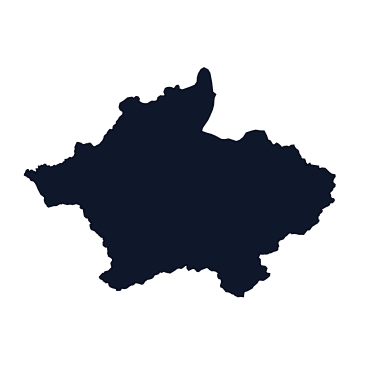 the district of Hulu Perak, Perak, Malaysia, rotated 54°
{"feature_id": "92858781B35407838405861", "entity_name": "Hulu Perak", "entity_type": "district", "adm_level": 2, "iso_a3": "MYS", "parent_name": "Malaysia", "parent_adm1": "Perak", "projection": "albers", "projection_center": [101.278, 5.451], "detail": "fine", "context": "isolated", "style": "filled", "palette": "ink", "viewbox_px": 384, "rotation_deg": 54, "n_neighbors": 0, "source": "geoboundaries", "source_scale": "gbopen_adm2", "svg_char_len": 5943}
<svg xmlns="http://www.w3.org/2000/svg" viewBox="0 0 384 384"><g transform="rotate(54 192 192)"><path d="M290.3,112.8L290.3,110.7L290.6,109.9L290.6,109.0L289.9,106.5L289.3,106.1L288.7,106.3L287.6,106.3L287.1,105.5L286.2,105.1L285.6,104.6L285.5,103.0L284.4,102.0L284.4,99.3L284.1,98.4L283.6,97.9L282.9,98.6L282.2,98.4L281.9,96.1L282.3,93.7L282.3,92.6L282.5,91.7L282.9,90.5L283.0,89.0L282.8,88.2L282.0,87.5L281.9,86.7L282.1,85.7L283.0,84.8L282.8,83.1L282.1,81.7L280.7,81.6L279.7,82.9L278.7,83.0L277.3,82.9L275.8,81.8L274.0,81.7L273.3,80.8L272.7,77.0L271.6,76.3L271.4,73.3L270.0,72.0L267.9,72.5L266.5,72.5L264.6,70.2L263.4,67.1L262.1,66.5L259.7,68.8L256.6,69.7L251.2,70.6L249.0,73.0L248.8,74.5L247.9,75.2L246.6,75.5L245.5,74.6L240.2,80.1L239.5,80.2L238.2,79.9L238.0,82.9L237.5,83.4L236.1,82.7L235.2,83.4L233.6,82.2L231.7,81.8L229.7,84.0L228.5,83.9L227.1,83.2L224.4,83.2L223.1,82.8L221.7,82.1L220.4,82.0L218.5,82.7L216.9,82.8L215.2,82.7L214.0,82.2L212.7,84.5L212.8,87.1L210.9,88.3L209.6,90.6L209.3,91.6L209.2,93.0L208.5,93.5L207.0,93.5L204.1,94.1L202.3,95.0L202.5,96.9L202.3,98.2L201.0,99.2L196.8,98.8L194.6,100.2L190.2,98.8L185.1,98.0L182.9,101.0L179.6,104.3L177.8,108.6L176.3,113.4L178.2,118.2L178.5,122.9L177.4,126.6L170.8,131.3L169.0,135.0L166.8,137.6L160.6,140.5L156.9,142.7L153.3,145.6L148.5,148.9L146.0,146.0L142.7,136.8L140.5,132.8L137.2,127.3L134.2,123.6L130.2,120.3L128.4,118.5L126.9,115.6L123.3,116.7L114.8,111.9L106.4,107.9L102.4,107.5L98.7,109.4L98.4,112.6L100.2,117.0L102.8,120.3L106.1,122.9L107.5,126.9L106.4,131.7L103.9,140.1L102.1,141.3L100.6,142.1L99.1,140.7L97.6,140.7L97.0,142.1L97.6,144.3L98.4,145.8L95.8,147.3L94.3,148.7L93.1,150.8L92.7,152.7L94.6,155.7L97.9,156.5L98.1,158.3L96.7,160.1L95.8,161.0L95.7,164.0L97.0,165.2L97.6,166.7L97.3,168.3L96.4,169.7L95.1,171.2L94.8,173.3L94.6,176.1L93.3,178.1L91.8,179.7L90.1,180.8L88.5,181.5L87.0,181.7L85.6,180.0L83.5,179.9L82.0,181.2L82.3,184.1L80.2,185.0L78.2,188.9L78.5,193.4L78.1,198.0L80.6,200.9L83.2,201.6L86.3,200.4L88.0,201.5L88.9,202.8L89.2,206.6L90.6,209.8L90.7,211.2L91.2,212.1L92.1,212.1L92.5,213.1L92.6,216.6L93.4,217.7L94.4,218.2L94.9,219.5L95.0,220.5L93.8,221.1L93.3,221.8L93.6,223.3L94.4,225.4L95.2,226.6L95.3,229.4L95.9,230.6L96.9,231.5L98.4,234.4L98.6,236.0L99.2,238.3L99.2,239.5L98.6,242.4L98.7,244.0L97.6,245.2L96.4,245.5L93.0,245.7L92.4,246.3L91.8,248.1L91.1,249.2L90.3,252.0L89.1,252.9L87.7,253.1L85.2,255.1L84.6,255.9L87.1,260.3L88.2,260.5L90.4,263.1L91.9,263.4L93.7,266.0L94.0,268.2L94.5,268.5L93.8,269.5L92.8,270.1L92.3,270.8L92.5,273.1L92.0,274.5L91.3,275.5L92.0,276.1L92.9,276.5L92.4,278.2L93.0,280.6L92.0,281.6L91.5,282.7L91.5,284.2L91.0,285.3L91.6,286.2L91.1,287.0L89.6,287.9L89.7,289.5L88.8,292.1L87.0,292.3L85.9,294.4L84.9,294.6L83.8,294.3L83.1,294.9L83.0,296.3L83.2,297.2L82.7,297.8L82.0,298.3L82.2,299.3L82.0,300.1L81.1,301.0L83.0,302.0L83.5,302.6L82.3,303.8L82.0,304.5L84.0,304.9L84.2,306.2L84.7,307.3L82.8,307.7L81.5,308.6L80.3,308.8L79.9,309.7L79.9,310.6L80.4,311.1L80.2,311.7L79.7,312.1L79.2,312.3L77.9,311.5L77.4,311.9L77.3,313.3L78.9,315.7L79.1,316.7L79.9,317.5L80.9,317.0L81.3,316.6L82.4,316.1L83.0,316.2L85.3,314.9L88.0,315.3L88.8,314.4L90.5,313.3L92.8,313.3L95.1,313.5L99.5,314.6L105.2,315.4L108.9,314.2L110.3,314.4L111.4,315.7L112.5,316.4L114.6,317.1L117.0,316.9L118.5,317.2L119.8,316.7L120.4,314.6L121.1,313.2L121.4,311.8L122.5,310.5L123.2,309.3L123.3,307.6L123.7,305.5L124.7,304.6L124.9,303.1L127.6,301.1L128.9,299.8L129.6,298.1L130.4,297.1L131.7,296.0L132.6,293.9L133.2,292.2L137.1,289.8L138.1,289.6L138.6,291.3L140.0,291.3L141.4,290.0L142.3,289.8L144.0,290.9L148.3,293.0L150.6,292.6L151.8,291.4L152.8,291.0L154.2,292.0L157.9,291.8L159.0,292.4L158.8,293.7L161.6,295.1L163.3,295.2L165.1,293.9L166.4,293.2L169.5,292.9L171.3,292.2L172.4,292.5L173.7,291.9L174.8,292.0L176.1,290.7L177.0,290.3L177.9,291.4L179.5,291.5L180.3,292.4L180.6,293.4L182.1,294.2L182.6,294.9L184.0,294.8L185.6,294.2L186.6,292.8L187.3,292.4L188.5,293.5L190.7,294.7L192.2,296.2L193.9,296.5L194.7,297.1L197.1,296.0L198.4,295.6L199.9,295.6L201.1,296.6L201.5,298.0L202.1,299.3L206.1,301.0L207.0,306.1L205.6,309.4L206.3,310.6L205.5,312.3L206.5,316.8L208.2,317.0L209.4,316.3L210.2,315.6L211.8,315.8L213.2,315.2L214.7,314.9L215.0,313.7L216.9,312.6L217.4,313.1L219.2,313.8L220.3,313.7L222.4,312.6L224.9,310.5L226.4,309.8L227.1,310.5L228.0,309.8L228.1,308.8L229.1,308.1L228.9,306.9L228.1,306.0L228.6,305.0L230.3,303.3L230.9,302.1L231.2,300.7L231.0,297.9L231.3,296.5L231.3,295.4L232.2,294.5L232.3,293.2L232.0,292.1L232.0,290.7L234.3,288.6L236.7,286.9L237.3,285.9L237.1,284.7L236.2,282.7L236.3,280.9L235.8,279.8L236.8,278.4L238.0,275.2L237.8,273.4L237.1,272.0L236.8,270.7L237.5,269.5L238.2,267.1L237.4,264.9L239.1,263.6L239.1,261.5L240.9,260.4L242.7,258.9L244.5,257.1L244.9,251.7L244.8,249.0L245.5,247.2L247.3,245.6L247.5,242.9L247.2,240.8L247.9,238.8L249.7,239.7L250.5,240.6L253.2,240.6L254.1,236.1L255.6,234.8L256.9,234.5L258.9,234.5L260.1,233.4L259.9,230.4L261.5,224.3L262.7,223.5L265.0,223.1L267.2,222.2L268.3,220.4L270.1,219.0L273.2,218.0L274.1,219.6L275.6,220.7L277.7,221.0L279.1,219.6L281.5,220.2L283.3,221.9L284.2,223.4L285.6,224.3L287.4,223.2L290.4,222.9L292.5,222.9L294.0,221.1L295.9,219.9L297.7,219.3L298.9,218.1L300.7,217.8L303.7,216.2L304.6,214.2L306.7,211.9L304.7,210.3L303.5,208.8L303.2,208.0L304.2,205.3L304.9,199.9L304.0,197.8L303.7,193.6L303.4,192.1L302.6,190.8L302.5,189.3L305.3,186.0L305.5,182.5L305.2,178.6L303.7,177.3L301.7,179.4L299.8,179.3L297.7,176.4L295.4,176.6L292.4,179.6L290.6,179.4L286.6,176.6L283.9,177.2L281.8,173.3L283.7,171.3L284.6,169.5L285.7,168.3L286.4,166.8L286.4,165.0L287.3,164.0L287.8,160.8L289.0,157.8L288.8,156.5L287.3,155.6L286.7,153.9L283.4,152.7L282.7,151.2L282.2,149.3L283.4,145.8L282.4,142.5L282.6,140.7L282.0,138.2L282.9,135.6L284.2,135.7L285.8,133.0L287.3,131.5L288.6,130.6L291.7,126.5L290.4,121.9L290.3,120.4L291.3,119.6L291.2,118.3L290.5,116.4L290.0,114.1L290.3,112.8Z" fill="#0f172a" stroke="#020617" stroke-width="1.5"/></g></svg>